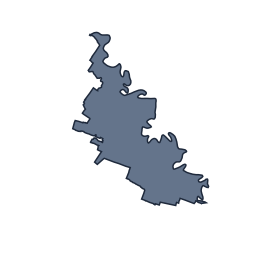 outline of Gorban, Iasi, Romania, rotated 335°
{"feature_id": "2599482B38258356055688", "entity_name": "Gorban", "entity_type": "district", "adm_level": 2, "iso_a3": "ROU", "parent_name": "Romania", "parent_adm1": "Iasi", "projection": "orthographic", "projection_center": [28.07, 46.911], "detail": "fine", "context": "isolated", "style": "filled", "palette": "slate", "viewbox_px": 256, "rotation_deg": 335, "n_neighbors": 0, "source": "geoboundaries", "source_scale": "gbopen_adm2", "svg_char_len": 5879}
<svg xmlns="http://www.w3.org/2000/svg" viewBox="0 0 256 256"><g transform="rotate(335 128 128)"><path d="M167.3,228.8L166.6,227.7L164.0,225.4L160.8,223.3L160.4,222.8L160.5,222.1L160.8,221.3L161.9,219.8L162.7,219.6L163.1,220.3L164.0,222.7L164.9,224.2L165.2,224.4L165.6,224.3L166.1,223.7L166.7,222.2L167.1,218.9L167.5,216.9L167.8,215.7L168.6,214.3L169.8,212.9L171.3,212.0L171.7,211.9L172.3,212.4L172.8,213.2L174.5,215.2L175.5,215.8L176.4,214.9L176.4,212.2L178.3,208.9L178.4,207.9L177.1,207.4L175.5,207.9L171.4,207.9L170.7,207.6L169.7,206.9L169.5,206.5L169.6,205.4L169.8,205.0L170.7,204.6L173.7,204.2L175.0,203.7L175.4,203.4L175.2,202.1L172.3,200.2L170.0,199.1L167.2,197.3L164.4,194.9L162.5,193.1L160.3,189.9L160.8,189.0L163.7,187.3L164.6,186.5L164.9,185.8L164.6,185.2L163.9,184.8L162.6,184.7L158.7,185.2L156.4,185.2L152.7,184.9L151.9,184.3L152.1,183.2L152.4,182.0L153.1,181.0L153.9,180.2L155.4,179.5L157.2,179.2L158.1,179.4L160.2,180.4L161.4,180.3L162.4,179.7L164.4,177.9L166.3,175.1L167.4,174.5L168.8,174.2L170.6,174.3L171.1,174.1L171.2,173.6L171.1,173.1L170.4,171.8L167.8,169.9L166.1,168.9L165.6,168.6L165.1,167.9L165.0,165.9L166.3,161.3L166.8,158.3L166.9,155.4L166.6,154.5L166.0,152.9L164.7,150.8L163.9,149.9L163.1,149.7L162.7,149.8L162.2,150.3L162.1,151.4L162.7,153.7L162.8,155.1L162.5,157.1L162.1,158.2L161.4,158.4L161.0,158.2L160.4,157.5L158.3,151.7L157.2,149.4L156.8,149.1L156.0,149.1L155.2,149.6L154.4,150.8L152.6,152.8L150.7,154.5L150.2,154.4L149.6,153.9L149.3,152.8L149.1,150.9L148.7,149.9L148.0,149.0L147.3,148.6L146.5,148.4L144.8,148.5L143.7,148.9L141.9,149.8L140.8,150.2L140.1,150.1L139.9,148.9L140.2,147.8L141.2,146.0L142.7,144.9L143.2,144.3L143.2,144.0L143.0,143.6L142.7,143.3L140.6,142.9L138.9,142.2L137.8,140.7L137.6,139.6L138.0,138.5L139.7,136.0L140.2,135.0L141.4,133.4L141.8,133.3L142.5,133.7L144.7,135.9L146.0,136.6L148.6,137.0L149.6,136.8L149.6,136.1L149.3,135.2L148.5,133.6L147.8,131.5L147.7,130.5L147.8,130.2L148.7,129.6L150.6,129.2L152.9,129.3L153.7,129.7L155.3,130.9L156.1,130.7L157.2,129.8L158.5,127.4L159.1,125.2L162.1,120.7L163.8,117.0L164.9,115.4L165.4,114.0L165.4,113.3L165.0,112.7L164.3,112.3L161.1,111.0L157.7,109.2L152.6,106.9L150.7,105.5L149.9,104.6L149.9,104.2L149.9,103.9L150.3,103.5L151.5,103.0L152.9,102.7L154.4,102.9L155.4,103.3L155.7,103.5L156.4,104.8L156.9,105.3L157.7,105.3L159.0,104.6L159.4,103.9L159.3,102.8L158.2,100.8L156.8,99.5L155.4,98.8L153.6,98.3L148.9,97.9L145.5,97.9L138.9,97.1L137.8,96.2L136.6,94.0L136.1,92.4L136.0,91.9L136.2,91.6L137.8,90.8L139.4,90.8L140.1,91.3L140.6,92.1L141.5,95.3L142.1,95.9L142.8,95.7L143.2,95.5L144.0,94.2L144.4,93.2L144.5,92.5L144.2,91.2L142.3,88.6L142.1,87.4L142.2,86.6L142.5,86.3L143.2,86.4L143.6,86.8L144.2,88.2L145.0,89.1L146.1,89.7L146.8,89.8L147.6,89.7L148.9,89.1L149.8,88.0L150.5,86.5L150.7,83.7L150.9,82.5L151.8,79.8L151.9,79.0L152.1,77.0L151.8,76.6L150.5,75.3L149.9,75.0L149.4,75.0L149.1,75.1L148.1,75.8L146.3,78.6L145.4,79.3L145.0,79.4L144.4,78.9L143.9,77.8L144.1,75.4L144.5,73.9L144.9,73.2L147.2,70.1L147.6,69.0L147.8,67.4L147.5,66.3L147.1,66.1L144.8,66.8L142.9,67.1L140.9,66.9L139.1,66.1L137.8,65.1L135.9,63.2L135.1,62.0L133.6,59.0L133.3,57.2L134.2,56.2L136.2,55.1L137.3,54.9L139.2,55.1L140.2,54.6L140.7,53.2L140.6,51.7L140.4,50.6L139.4,48.5L139.2,47.8L139.0,47.0L139.2,45.5L139.7,44.8L140.7,43.8L142.3,42.8L146.4,42.1L147.8,41.3L149.1,40.0L149.8,39.0L150.0,38.3L150.1,36.4L149.9,35.9L148.9,35.1L143.9,32.8L142.8,31.8L141.6,29.6L140.5,28.5L139.7,28.0L137.6,27.4L133.2,27.5L133.0,27.2L132.4,27.7L132.9,28.4L134.8,29.0L135.4,30.5L136.0,31.4L136.1,32.6L136.7,34.4L136.8,35.5L137.1,36.2L136.6,36.9L136.9,37.6L136.9,38.6L137.2,39.5L137.3,41.1L130.9,45.1L125.7,48.0L125.8,48.2L122.1,50.5L122.5,51.1L123.3,53.6L123.8,54.4L119.8,57.0L116.3,59.0L116.5,59.6L116.4,60.3L116.7,60.8L119.3,61.6L119.9,62.0L120.0,62.7L119.9,64.0L120.0,64.8L120.4,65.7L121.1,69.9L122.0,70.2L123.0,70.8L124.3,70.7L124.9,71.2L124.9,71.8L124.7,72.1L123.5,73.1L123.1,73.7L123.2,74.4L124.1,75.1L124.3,75.7L124.2,76.3L123.6,77.2L121.7,78.5L121.5,79.5L121.2,79.8L120.3,79.9L118.2,79.6L116.8,80.4L116.2,81.0L116.2,81.3L116.0,81.2L115.7,80.7L113.6,77.0L108.0,80.3L101.1,84.0L101.4,84.2L98.7,85.8L99.0,86.9L99.0,87.1L98.4,87.4L97.9,88.0L97.2,88.1L97.2,91.9L97.4,92.9L95.4,93.8L92.9,95.3L93.5,96.7L97.4,103.1L97.4,103.4L97.3,103.7L94.3,105.5L93.1,106.4L92.0,105.4L91.9,105.6L89.8,103.8L89.3,104.2L86.3,101.3L83.3,98.9L81.7,100.4L77.6,105.3L79.3,107.2L79.7,108.1L80.5,108.7L81.5,109.9L82.0,110.2L83.8,111.2L84.0,110.9L84.9,111.3L86.5,112.6L86.5,113.3L87.4,114.4L88.8,115.8L90.1,116.9L91.7,118.8L93.4,120.4L94.5,120.9L95.5,120.5L95.8,120.5L96.0,120.6L96.1,121.0L95.0,122.1L98.3,125.6L99.2,125.0L100.7,127.0L99.7,127.8L99.9,128.4L99.8,128.5L99.9,129.0L99.2,129.3L99.1,130.0L98.7,130.3L98.3,129.9L98.3,129.3L97.0,128.4L96.4,127.7L95.6,127.1L95.0,124.8L94.7,124.2L93.9,123.5L93.1,122.7L91.8,123.5L90.8,123.0L88.0,125.0L88.1,125.4L88.6,125.9L89.2,126.2L89.4,126.6L90.8,127.7L92.8,130.4L94.1,131.5L93.0,132.2L92.3,133.7L92.0,133.8L91.2,134.8L91.8,135.7L94.0,138.2L83.3,144.8L84.8,148.0L93.2,145.5L93.7,145.5L101.1,153.1L104.6,156.3L109.9,161.8L113.3,164.8L110.9,167.3L109.9,168.6L105.3,172.9L105.5,173.0L105.8,173.5L105.8,173.9L106.4,174.1L107.3,175.3L107.6,176.2L107.7,177.0L108.1,177.3L108.3,177.9L109.1,178.6L109.3,179.4L109.5,179.5L110.8,181.0L111.2,181.6L111.5,182.3L111.9,182.6L113.0,184.2L114.2,185.5L114.5,186.0L114.6,187.0L115.1,187.6L115.3,188.5L115.8,189.2L116.7,190.1L116.9,191.2L116.8,191.6L114.5,194.1L110.3,198.2L112.4,200.3L113.2,201.5L113.4,201.4L116.2,204.6L119.1,207.3L119.1,207.8L119.9,208.5L120.0,209.0L120.4,208.8L120.8,208.3L123.8,211.0L125.9,208.9L138.5,218.4L139.9,216.6L140.6,216.0L142.1,217.5L143.4,215.7L143.9,215.5L145.5,213.8L149.2,217.4L156.0,224.4L157.9,223.5L158.7,222.7L159.3,223.3L160.2,225.1L162.3,227.0L162.6,227.6L163.0,227.5L167.3,228.8Z" fill="#64748b" stroke="#1e293b" stroke-width="1.5"/></g></svg>